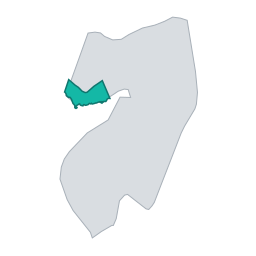 Djibouti, Arta, Djibouti (highlighted), rotated 174°
{"feature_id": "41766387B83981523687012", "entity_name": "Djibouti", "entity_type": "district", "adm_level": 2, "iso_a3": "DJI", "parent_name": "Djibouti", "parent_adm1": "Arta", "projection": "equal_earth", "projection_center": [43.007, 11.493], "detail": "fine", "context": "in_parent", "style": "filled", "palette": "teal", "viewbox_px": 256, "rotation_deg": 174, "n_neighbors": 0, "source": "geoboundaries", "source_scale": "gbopen_adm2", "svg_char_len": 1953}
<svg xmlns="http://www.w3.org/2000/svg" viewBox="0 0 256 256"><g transform="rotate(174 128 128)"><path d="M186.5,166.7L178.9,182.8L169.0,203.3L157.8,226.6L150.8,226.8L145.4,225.4L141.7,221.5L134.0,217.2L125.4,216.9L117.2,220.9L103.2,225.9L90.6,227.5L80.4,230.3L72.0,233.6L64.4,231.8L57.9,228.9L56.5,204.1L55.0,177.1L55.2,156.1L57.5,144.5L59.5,140.0L71.5,124.0L75.6,117.5L89.2,91.0L100.9,68.3L109.6,51.3L112.3,48.0L115.9,44.8L118.5,45.7L135.4,62.0L138.4,61.6L144.1,56.5L149.2,39.0L152.8,32.6L154.3,32.8L165.2,27.9L175.0,22.4L176.3,28.2L191.2,51.6L196.0,63.2L201.0,84.3L198.4,96.1L194.6,103.8L188.8,110.6L169.0,127.4L146.9,138.1L132.7,159.5L122.2,158.1L123.8,166.2L127.7,167.1L133.9,165.6L146.0,159.3L156.8,156.4L168.5,156.2L179.1,158.8L186.5,166.7Z" fill="#d9dde1" stroke="#a8b0b8" stroke-width="1"/><path d="M142.9,159.3L148.6,177.8L157.6,173.0L164.9,167.8L166.9,167.7L169.8,169.4L173.1,173.6L176.1,176.1L181.9,182.3L187.3,170.4L186.8,170.0L186.1,168.6L185.7,166.7L185.4,166.1L183.8,164.6L182.5,164.6L182.3,164.4L181.2,162.5L181.1,161.9L180.1,158.1L179.1,156.9L178.6,155.6L178.6,155.0L178.8,154.3L178.7,153.7L178.4,153.3L177.7,152.9L176.9,153.2L176.8,153.3L176.5,153.6L176.6,153.9L177.7,154.0L177.9,154.2L178.0,154.6L177.9,154.7L177.7,155.0L176.6,155.8L175.2,156.4L174.0,157.1L173.5,157.0L173.1,155.9L172.4,155.4L171.1,154.9L170.4,154.8L169.9,155.7L169.6,155.9L169.1,155.8L168.4,155.2L167.6,155.0L165.9,155.3L165.3,155.4L164.7,155.9L163.9,156.5L162.6,155.9L161.9,156.4L161.5,155.8L161.0,155.6L159.0,155.9L158.4,156.0L157.6,156.3L156.8,156.2L156.2,156.3L154.7,156.9L153.8,156.8L153.3,157.1L153.0,156.9L152.9,156.4L152.7,156.3L152.3,156.7L152.2,156.3L151.9,156.1L151.7,155.6L151.3,155.5L151.3,155.8L151.5,156.5L151.2,156.8L150.5,156.8L150.2,156.3L149.9,156.3L149.5,156.8L149.2,157.0L148.8,156.8L148.1,156.9L147.8,156.7L147.3,156.7L146.4,157.6L146.0,158.5L145.7,158.9L144.5,159.5L142.9,159.3Z" fill="#14b8a6" stroke="#0f766e" stroke-width="1.5"/></g></svg>